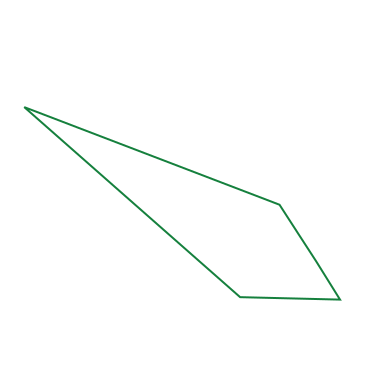 an SVG outline of Howland Island, rotated 131°
{"feature_id": "UMI-5172", "entity_name": "Howland Island", "entity_type": "state/province", "adm_level": 1, "iso_a3": "UMI", "parent_name": "United States Minor Outlying Islands", "parent_adm1": "", "projection": "orthographic", "projection_center": [-176.638, 0.799], "detail": "fine", "context": "isolated", "style": "outline", "palette": "green", "viewbox_px": 384, "rotation_deg": 131, "n_neighbors": 0, "source": "natural_earth", "source_scale": "10m", "svg_char_len": 245}
<svg xmlns="http://www.w3.org/2000/svg" viewBox="0 0 384 384"><g transform="rotate(131 192 192)"><path d="M238.0,374.3L144.2,117.6L153.9,84.0L162.8,53.0L176.1,9.7L239.8,86.7L238.0,374.3Z" fill="none" stroke="#15803d" stroke-width="2"/></g></svg>